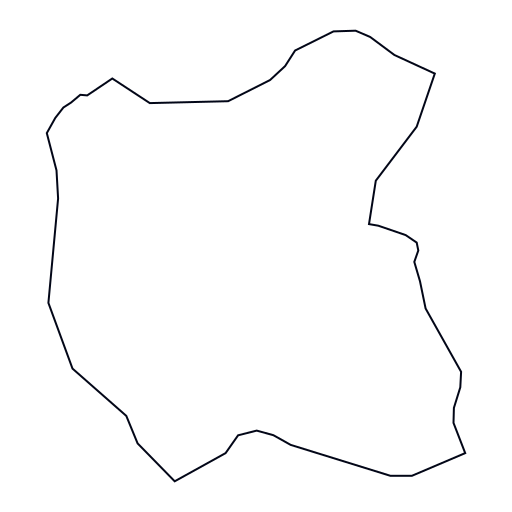 map outline of Grosuplje (Natural Earth projection)
{"feature_id": "SVN-950", "entity_name": "Grosuplje", "entity_type": "Municipality", "adm_level": 1, "iso_a3": "SVN", "parent_name": "Slovenia", "parent_adm1": "", "projection": "natural_earth1", "projection_center": [14.681, 45.943], "detail": "fine", "context": "isolated", "style": "outline", "palette": "ink", "viewbox_px": 512, "rotation_deg": 0, "n_neighbors": 0, "source": "natural_earth", "source_scale": "10m", "svg_char_len": 669}
<svg xmlns="http://www.w3.org/2000/svg" viewBox="0 0 512 512"><path d="M434.8,73.6L416.7,126.7L375.8,180.7L369.0,224.1L378.3,225.7L405.7,235.1L416.7,242.6L418.3,250.5L414.3,261.9L420.0,281.3L425.6,308.5L461.1,371.8L460.3,387.3L453.9,407.9L453.5,422.9L465.2,453.1L411.9,475.8L390.4,475.8L290.7,444.9L273.4,435.2L256.7,430.6L238.1,435.3L225.6,453.1L174.7,481.3L137.6,443.4L126.3,415.9L72.5,368.6L48.4,302.9L58.1,198.5L56.5,170.4L46.8,133.1L55.3,117.9L63.4,107.5L71.0,102.6L80.3,94.8L87.2,95.4L112.3,78.5L149.8,103.1L228.1,101.2L270.1,80.0L285.1,66.1L295.1,50.5L333.5,31.4L355.6,30.7L370.2,37.0L394.4,55.0L434.8,73.6Z" fill="none" stroke="#020617" stroke-width="2"/></svg>